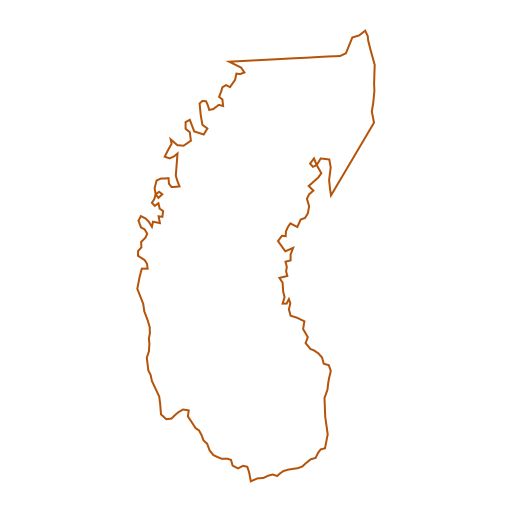 Marmeleiro, Paraná, Brazil
{"feature_id": "56859067B94130308653150", "entity_name": "Marmeleiro", "entity_type": "district", "adm_level": 2, "iso_a3": "BRA", "parent_name": "Brazil", "parent_adm1": "Paraná", "projection": "equal_earth", "projection_center": [-53.099, -26.246], "detail": "fine", "context": "isolated", "style": "outline", "palette": "amber", "viewbox_px": 512, "rotation_deg": 0, "n_neighbors": 0, "source": "geoboundaries", "source_scale": "gbopen_adm2", "svg_char_len": 2915}
<svg xmlns="http://www.w3.org/2000/svg" viewBox="0 0 512 512"><path d="M155.7,194.3L154.3,199.1L151.9,202.8L154.8,205.9L158.4,203.2L159.7,208.7L163.1,211.0L162.4,216.8L158.6,216.3L159.9,223.1L153.0,221.7L151.9,226.8L148.8,221.7L145.7,218.6L140.9,216.1L138.5,220.7L141.0,227.4L144.7,229.4L147.2,233.8L145.5,237.6L141.1,242.0L141.4,247.4L138.1,251.0L138.0,255.8L144.7,260.1L147.0,263.8L147.6,268.7L141.8,268.7L139.7,276.5L137.3,288.8L143.2,303.8L144.3,311.4L147.6,320.1L149.7,327.1L149.9,333.2L148.9,338.5L149.4,343.9L148.9,351.4L146.8,357.7L148.3,370.3L150.6,374.9L151.9,381.0L159.2,396.5L160.2,404.2L161.0,414.4L166.3,419.2L171.5,418.6L174.9,415.2L178.4,412.2L183.1,409.5L188.7,410.4L187.9,416.4L192.2,422.9L195.6,428.2L199.0,430.4L201.6,435.2L203.5,440.4L207.1,443.7L209.7,450.6L213.4,455.1L217.4,457.0L221.7,458.8L227.3,458.7L231.0,459.9L232.6,465.6L238.0,468.4L243.1,465.8L247.3,466.8L249.1,472.3L250.8,481.3L257.4,478.4L263.4,478.0L268.1,475.7L272.8,474.5L277.2,476.0L279.9,473.5L283.3,471.1L288.0,469.7L292.8,468.9L297.8,468.2L302.3,466.5L306.2,462.9L310.7,459.3L315.6,457.9L318.1,452.8L320.7,449.4L325.0,448.3L327.7,434.3L325.2,416.6L324.5,397.9L327.4,390.0L328.3,382.4L329.2,377.6L330.8,371.0L328.8,365.2L323.7,363.7L322.1,357.6L318.3,353.3L314.1,350.5L310.5,349.0L305.6,343.1L307.8,337.1L303.1,329.1L304.4,321.3L296.9,317.7L290.6,315.7L288.9,309.4L290.3,303.3L288.9,299.1L286.6,303.6L282.6,303.6L284.6,297.1L283.2,291.7L282.6,282.7L279.4,277.9L287.3,276.0L286.1,271.4L286.8,266.9L285.5,261.7L290.6,260.4L290.6,254.4L293.1,247.9L285.3,251.3L278.0,241.1L281.9,235.8L285.7,236.2L285.9,231.4L288.1,226.7L290.4,223.4L297.3,227.0L300.7,219.5L305.0,218.0L307.9,213.2L309.1,206.2L306.9,198.8L309.1,194.3L313.4,190.6L308.7,186.0L318.3,177.5L321.3,173.2L316.7,165.1L320.7,158.5L325.5,159.0L329.3,159.5L330.7,167.5L329.1,180.2L330.0,188.7L331.0,195.4L351.5,160.8L374.0,122.7L371.8,111.5L373.2,103.2L374.4,90.9L374.1,83.6L374.4,74.1L374.7,64.9L370.6,50.1L368.2,40.6L367.7,36.0L365.2,30.7L359.2,35.4L352.3,37.5L349.6,44.2L347.5,49.4L345.9,53.3L340.1,56.0L333.6,56.3L330.1,56.4L323.8,56.7L316.7,57.1L307.0,57.7L291.3,58.4L282.8,58.9L255.8,60.3L229.2,61.7L241.1,67.6L244.4,72.5L240.0,74.1L236.4,73.6L235.1,79.8L230.0,87.1L226.0,85.1L222.4,87.3L221.2,91.4L219.1,96.9L222.4,99.4L223.1,106.0L218.8,104.9L213.2,109.1L209.2,109.9L208.0,105.7L206.1,101.3L202.5,100.9L199.6,103.5L200.7,114.9L202.4,124.8L207.4,128.5L203.7,134.5L194.2,131.4L189.8,119.8L185.6,122.1L185.6,128.8L189.8,132.2L190.9,140.7L183.6,145.7L177.4,145.2L170.7,139.4L171.6,143.8L168.2,149.8L164.7,156.7L169.7,158.4L174.0,156.4L177.5,153.5L175.8,175.7L177.3,180.7L179.5,186.4L174.9,186.9L171.5,187.0L169.0,183.8L168.5,178.2L164.6,178.5L161.0,178.5L156.6,180.5L154.6,188.2L155.7,194.3ZM316.7,165.1L312.9,166.8L310.1,163.6L314.0,158.4L316.7,165.1ZM155.7,194.3L159.1,191.8L162.3,194.3L158.4,197.9L155.7,194.3Z" fill="none" stroke="#b45309" stroke-width="2"/></svg>